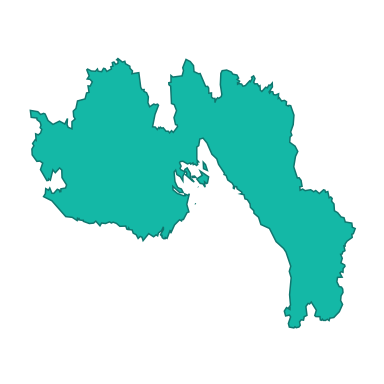 the border of Khabarovsk, rotated 92°
{"feature_id": "RUS-2614", "entity_name": "Khabarovsk", "entity_type": "Territory", "adm_level": 1, "iso_a3": "RUS", "parent_name": "Russia", "parent_adm1": "", "projection": "robinson", "projection_center": [136.924, 54.6], "detail": "fine", "context": "isolated", "style": "filled", "palette": "teal", "viewbox_px": 384, "rotation_deg": 92, "n_neighbors": 0, "source": "natural_earth", "source_scale": "10m", "svg_char_len": 5930}
<svg xmlns="http://www.w3.org/2000/svg" viewBox="0 0 384 384"><g transform="rotate(92 192 192)"><path d="M128.5,321.5L122.9,319.0L129.1,319.2L131.7,318.0L133.1,314.2L125.9,314.4L123.1,311.3L120.7,312.9L115.3,313.5L112.6,310.9L105.0,309.6L102.7,302.1L96.7,300.8L96.0,298.4L89.6,299.6L89.7,297.4L85.4,295.5L83.0,297.8L82.7,300.7L79.6,298.8L73.6,301.4L72.8,300.6L74.6,296.8L74.7,292.7L72.4,290.8L74.6,290.0L74.9,286.5L71.5,284.7L71.8,283.2L74.5,281.3L71.8,276.8L69.7,277.5L68.9,275.4L65.5,276.2L64.8,274.5L67.2,272.6L66.0,270.5L63.1,270.5L62.5,271.9L61.2,270.7L64.6,266.1L63.7,263.7L66.1,263.0L68.5,258.5L70.6,258.3L73.1,255.7L75.9,256.2L74.6,249.3L89.2,246.9L91.5,245.5L91.3,243.4L93.1,243.6L94.4,240.9L98.5,238.9L104.2,239.2L108.3,237.3L105.4,233.2L106.1,231.7L105.4,229.5L106.5,228.5L115.8,231.7L128.2,233.7L128.4,230.9L130.8,228.9L128.7,227.5L129.6,226.7L128.3,225.9L129.3,224.4L128.8,223.0L132.2,220.1L132.1,217.8L133.7,216.4L131.4,214.6L133.1,212.8L127.3,208.7L125.4,209.3L125.2,210.8L118.3,212.6L111.2,210.3L105.3,212.8L104.3,215.6L87.0,217.0L85.6,218.8L83.6,219.0L83.0,216.8L76.3,217.1L77.8,215.1L76.3,206.0L71.0,204.7L68.1,205.6L59.7,202.6L61.7,198.3L65.6,194.9L71.6,194.2L73.6,189.5L73.3,188.0L86.0,182.1L85.9,180.1L87.5,179.0L92.7,178.6L92.3,176.0L96.4,175.8L97.7,174.4L97.7,172.4L101.9,172.2L98.9,171.3L96.9,169.6L97.5,168.5L95.6,166.1L93.4,165.6L83.8,167.4L72.4,167.3L69.7,166.1L68.9,161.6L70.7,156.9L72.8,155.3L73.5,151.2L76.5,149.4L77.9,150.9L79.6,148.3L81.5,149.3L81.2,150.3L82.7,150.2L82.0,149.0L82.4,146.2L84.5,144.8L83.8,142.4L79.0,138.3L79.7,137.6L76.5,135.8L75.2,136.5L73.8,134.5L76.4,133.0L80.2,134.2L81.7,133.1L81.6,130.5L84.1,128.8L83.4,127.8L87.8,127.3L89.1,125.7L84.7,122.0L85.3,120.4L82.4,118.8L82.8,117.6L80.3,115.6L84.2,115.3L89.3,118.5L90.5,117.9L88.8,116.5L89.0,114.8L91.8,113.9L92.1,111.8L90.8,108.9L95.4,109.0L94.7,108.1L97.9,105.7L97.2,102.8L98.5,100.7L101.8,100.9L102.8,98.8L102.0,98.2L102.3,96.4L111.6,92.8L121.2,93.2L128.6,95.5L131.7,94.2L133.7,95.9L138.9,96.1L142.6,90.6L147.8,87.7L152.8,89.8L163.3,91.2L174.3,87.2L174.0,85.5L176.6,83.4L182.5,82.2L183.1,84.5L186.5,84.0L185.2,81.5L186.7,79.0L185.6,73.5L187.5,70.4L186.2,68.4L189.1,64.7L185.2,60.6L185.6,59.2L187.6,58.5L186.8,56.3L193.0,54.7L192.1,53.2L193.5,51.7L196.3,52.2L199.0,49.7L205.8,49.0L207.6,45.7L211.8,42.1L212.4,39.2L216.6,37.8L217.5,31.2L221.7,30.5L222.8,27.6L228.0,29.3L228.7,30.8L231.8,30.3L235.7,35.3L238.7,37.2L240.7,37.1L240.6,38.3L245.3,37.1L246.7,39.3L248.7,39.8L249.1,41.3L253.0,39.5L257.6,40.7L259.6,36.9L260.9,36.5L263.3,38.3L267.0,38.3L266.4,40.0L267.7,41.4L271.9,39.0L272.2,43.6L276.6,44.1L281.4,41.6L281.8,39.3L283.7,38.0L287.2,37.6L290.5,39.4L295.2,39.7L299.1,37.6L306.5,40.6L312.5,45.9L313.3,49.9L315.7,50.5L314.5,52.3L315.7,54.2L315.7,56.5L314.6,57.2L315.7,58.3L315.3,59.3L312.1,59.8L312.2,63.8L311.2,65.0L305.8,63.6L297.8,69.0L299.8,70.6L299.3,72.1L302.5,74.2L311.3,72.8L312.7,75.5L316.2,76.1L315.9,78.3L318.0,80.0L321.4,79.2L323.2,80.4L324.0,83.1L323.1,84.4L324.3,85.4L323.6,90.0L320.1,91.1L313.4,89.1L311.6,90.3L312.6,94.1L307.8,95.6L304.2,93.5L306.0,90.0L303.9,90.0L303.8,91.0L301.6,89.6L291.2,90.9L274.2,89.9L267.9,92.0L262.7,90.7L248.9,95.9L245.2,98.5L238.7,106.2L225.7,113.3L222.1,122.0L214.9,124.6L211.1,129.3L208.5,129.6L205.3,133.1L201.8,133.6L197.7,136.4L197.0,138.8L192.9,140.0L192.2,143.5L191.7,142.0L190.2,142.4L187.2,147.0L185.1,147.6L185.0,149.2L187.2,150.0L186.6,150.9L184.2,150.6L181.7,152.2L178.7,156.7L174.2,158.5L173.4,160.6L171.9,160.3L163.5,166.4L158.0,168.4L153.6,173.4L142.5,178.7L137.8,182.8L138.8,186.1L145.4,186.9L146.9,188.8L159.6,188.3L161.7,186.4L162.0,187.9L164.3,187.2L165.3,188.4L164.0,190.0L164.6,191.7L162.9,192.1L164.2,194.2L163.1,194.9L164.1,197.5L161.6,202.1L162.0,204.8L163.3,205.5L166.5,203.8L168.9,204.8L170.2,203.9L171.9,200.0L169.7,199.9L168.1,197.7L173.5,194.3L179.1,194.1L175.0,199.0L174.2,197.7L172.1,198.3L172.3,199.7L176.8,201.7L181.2,201.5L177.1,204.2L175.1,207.7L170.7,209.1L172.6,210.6L182.1,209.4L185.9,207.6L188.1,206.3L189.4,202.7L192.8,200.8L192.9,204.4L187.0,211.4L190.6,211.0L194.1,206.4L196.0,200.5L195.9,198.6L194.2,199.2L195.5,195.7L193.8,194.6L204.5,196.8L212.0,194.4L212.9,196.3L219.8,199.6L219.8,200.8L221.3,201.4L220.2,203.5L225.5,208.3L234.0,211.8L231.6,211.5L231.3,212.6L239.2,215.3L238.4,217.1L239.5,217.1L239.7,218.6L238.6,220.2L235.7,220.6L237.0,220.9L235.8,222.0L230.4,219.2L227.8,219.4L231.6,221.0L234.1,224.1L237.0,224.8L236.1,226.4L238.1,228.8L235.1,233.8L242.3,239.2L239.0,240.4L238.2,242.2L240.3,244.2L236.6,246.3L235.2,249.3L232.0,250.5L231.8,253.2L230.2,254.0L231.8,254.6L231.4,255.8L228.4,257.0L228.8,262.9L226.0,266.4L224.9,269.8L225.8,271.5L224.7,273.4L226.5,277.3L226.2,281.3L229.0,282.8L224.5,287.1L226.5,289.2L227.1,293.5L225.1,299.5L223.4,299.7L224.3,299.9L223.8,303.7L222.8,303.9L223.6,304.8L221.5,305.5L224.5,305.9L221.5,310.8L221.0,317.3L205.7,331.7L201.8,340.2L198.8,338.5L193.7,338.3L195.2,335.5L193.0,334.3L198.1,332.0L198.2,330.1L194.0,326.7L194.8,324.5L196.4,324.2L196.2,323.1L193.4,323.1L192.4,318.5L189.3,317.6L182.2,322.4L174.6,322.9L172.6,325.2L177.5,329.3L174.7,331.8L185.1,334.0L183.8,335.7L185.4,336.0L185.7,337.4L174.9,344.2L168.3,342.2L166.4,345.1L166.8,348.1L160.5,353.0L154.6,353.5L151.3,351.6L149.1,353.0L145.2,350.5L145.8,349.6L139.3,350.3L140.3,347.6L138.3,345.4L134.6,344.3L133.0,346.0L130.5,345.2L127.5,346.2L125.1,349.4L123.5,349.6L123.0,355.3L116.1,356.4L117.1,348.9L119.8,346.0L118.6,343.0L119.2,341.5L125.6,338.4L129.3,333.3L125.8,326.9L128.5,321.5ZM181.4,179.8L186.7,179.1L183.5,181.3L183.1,184.1L178.8,187.7L175.0,182.4L170.8,184.5L176.3,175.9L182.5,176.9L183.0,177.9L181.4,179.8ZM169.9,177.4L168.3,181.3L161.8,181.8L164.1,179.5L169.9,177.4ZM178.7,193.1L182.0,190.1L180.4,192.7L178.7,193.1ZM177.2,188.8L177.5,192.4L176.4,192.5L176.0,190.0L177.2,188.8ZM186.5,186.1L187.0,185.8L186.5,186.1ZM203.5,188.6L203.7,188.2L204.0,188.0L203.5,188.6Z" fill="#14b8a6" stroke="#0f766e" stroke-width="1.5"/></g></svg>